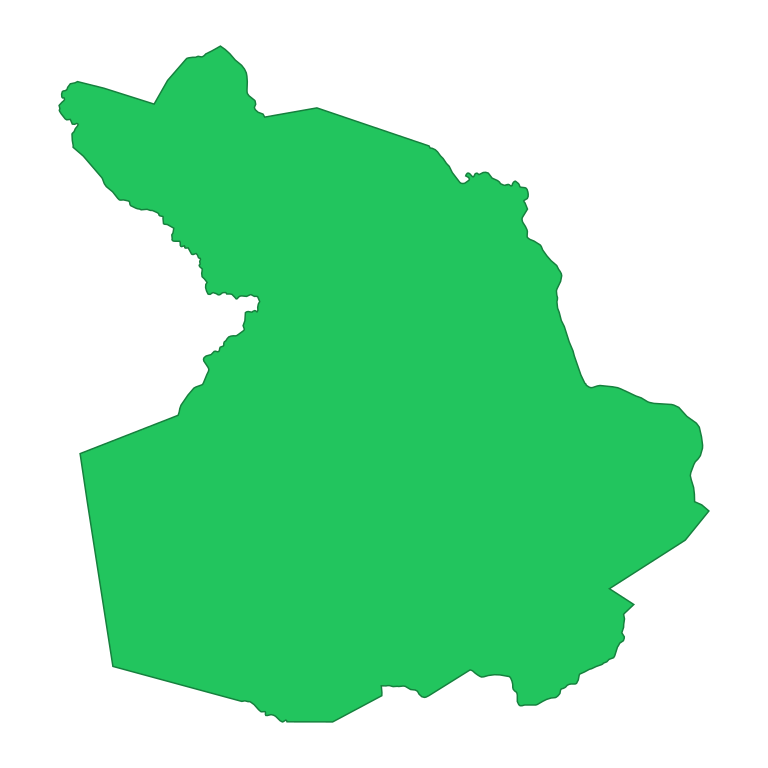 Jesus de Otoro, Intibucá, Honduras
{"feature_id": "27666195B82528281460638", "entity_name": "Jesus de Otoro", "entity_type": "district", "adm_level": 2, "iso_a3": "HND", "parent_name": "Honduras", "parent_adm1": "Intibucá", "projection": "albers", "projection_center": [-88.024, 14.542], "detail": "fine", "context": "isolated", "style": "filled", "palette": "green", "viewbox_px": 768, "rotation_deg": 0, "n_neighbors": 0, "source": "geoboundaries", "source_scale": "gbopen_adm2", "svg_char_len": 6037}
<svg xmlns="http://www.w3.org/2000/svg" viewBox="0 0 768 768"><path d="M220.4,46.1L211.9,50.9L205.8,53.9L204.1,55.7L202.5,56.7L201.4,56.9L198.1,56.3L195.5,57.3L192.6,57.3L188.9,57.8L187.0,58.3L186.0,59.2L167.6,80.4L154.1,104.1L103.9,88.2L77.5,81.6L75.1,82.8L70.3,83.8L67.7,87.3L67.1,89.1L66.7,89.8L65.1,90.7L63.2,91.0L62.3,91.7L61.6,94.1L61.8,96.9L62.5,97.9L63.7,97.8L64.2,98.0L64.5,99.6L63.7,100.8L61.9,102.3L59.1,105.4L59.9,108.7L59.3,110.2L59.6,111.2L61.2,113.8L65.2,118.9L66.7,119.8L70.3,119.4L72.3,124.1L74.6,124.3L76.8,123.4L77.6,123.7L78.1,124.3L77.6,125.9L75.4,128.5L74.1,131.6L72.3,133.4L72.0,134.1L72.3,140.5L73.2,145.5L73.1,147.3L83.3,156.1L101.5,177.3L102.3,178.4L104.3,183.7L106.3,186.6L112.6,191.8L117.8,198.4L119.4,199.9L120.8,200.1L123.5,199.9L128.5,201.0L129.5,201.8L130.0,204.5L130.6,205.6L135.9,208.2L137.3,208.7L139.8,209.1L141.1,209.8L147.1,209.3L150.3,210.4L152.5,210.5L157.6,212.8L158.7,213.8L159.0,215.1L159.8,215.8L162.9,216.5L163.1,217.1L163.0,218.5L163.5,223.7L164.5,224.2L167.3,224.5L173.8,228.2L173.0,232.9L171.8,234.9L172.2,238.5L172.0,239.6L172.4,240.4L173.2,241.0L174.4,241.2L179.7,241.3L180.2,242.3L180.3,245.4L180.8,246.3L181.5,246.6L184.4,245.9L184.8,246.6L184.8,247.6L185.2,248.0L185.8,248.1L188.2,247.9L191.5,254.0L192.2,254.4L193.2,254.5L196.1,253.5L197.4,254.9L198.5,257.7L199.4,258.2L200.3,258.4L200.5,259.5L199.7,261.4L200.1,263.9L199.9,264.6L199.3,265.0L199.2,265.7L200.1,267.1L202.2,268.9L202.1,271.0L201.7,273.3L202.1,276.7L204.4,278.9L207.1,282.4L205.8,284.5L205.6,287.6L206.5,290.9L208.0,294.0L208.8,294.3L210.2,294.3L212.5,292.8L213.2,292.6L216.4,293.7L217.9,294.7L219.0,294.9L220.2,294.5L222.6,292.7L225.5,292.5L226.0,292.8L226.7,294.0L230.3,294.0L232.0,294.4L235.3,297.8L235.9,298.7L236.5,298.9L237.2,298.7L238.8,296.9L240.1,296.1L241.8,295.9L246.6,296.4L250.0,294.8L251.0,294.6L254.4,296.4L256.0,296.3L257.6,296.6L259.7,301.5L259.5,302.1L258.6,303.4L258.2,304.7L257.7,307.4L257.9,310.2L257.2,311.8L256.9,311.9L255.7,310.9L254.8,310.6L253.2,311.2L251.8,312.2L248.1,311.5L246.5,311.9L245.4,312.7L244.9,320.7L243.1,325.7L244.3,329.0L244.2,329.7L243.6,330.6L236.9,335.5L235.6,335.9L233.4,335.8L231.0,336.1L228.8,336.9L227.2,338.6L225.9,340.7L224.3,341.9L223.8,343.3L223.8,345.0L223.4,346.0L220.2,347.2L219.7,348.4L219.4,350.4L218.7,351.5L217.5,351.8L215.6,351.2L214.2,351.4L211.1,354.6L206.1,356.0L204.1,357.6L203.5,359.2L203.8,361.0L208.0,367.3L208.6,368.6L208.8,369.8L208.4,371.4L206.8,374.7L203.6,382.5L202.8,384.1L202.0,384.8L195.9,387.0L193.9,388.1L188.0,395.0L181.0,405.2L179.8,408.6L179.2,412.0L178.1,415.3L80.1,453.6L87.3,501.9L112.9,666.4L241.8,701.4L244.9,700.8L247.8,701.6L250.1,701.7L254.1,704.6L258.6,709.7L260.8,711.6L261.6,711.8L264.5,711.6L265.2,711.7L265.5,712.4L265.4,714.4L265.8,715.4L267.3,715.5L271.1,714.6L273.6,715.2L275.6,716.3L280.1,720.7L282.3,721.9L283.0,721.8L285.8,720.1L286.6,720.6L287.0,721.8L332.7,721.9L381.8,695.7L381.9,692.6L381.3,685.8L386.0,685.9L387.6,685.6L389.5,685.6L393.1,686.6L397.2,686.3L398.9,686.5L403.2,686.0L405.2,686.3L410.6,689.5L415.2,690.0L417.1,691.0L418.1,692.3L419.0,694.1L421.8,696.7L424.5,697.4L426.0,697.1L428.8,695.7L470.1,669.9L472.4,670.7L475.2,673.2L477.7,675.0L480.0,676.4L481.5,677.0L483.8,676.8L488.3,675.5L494.5,674.7L499.9,674.9L509.5,676.6L510.7,678.1L512.0,681.2L512.7,684.2L512.8,687.5L513.2,689.2L514.6,690.9L516.3,692.1L516.9,693.1L517.3,695.0L517.3,701.5L518.8,704.7L520.1,705.7L522.1,705.7L524.6,705.0L535.8,705.0L537.5,704.4L542.8,701.3L546.6,699.4L551.1,698.0L555.3,697.6L556.2,697.2L558.0,695.8L559.9,693.5L560.6,689.9L561.4,688.9L563.2,688.4L564.7,687.7L565.7,687.0L567.2,685.3L569.0,684.4L570.9,684.0L575.1,684.0L576.5,683.4L578.3,679.9L579.2,675.1L579.7,674.1L584.6,671.9L589.4,669.3L591.6,668.7L596.2,666.5L601.6,664.6L602.7,664.0L603.3,663.2L606.8,661.8L609.0,659.4L613.6,657.7L614.7,655.9L617.5,647.0L618.4,645.7L619.7,643.2L623.4,640.7L624.2,638.4L624.3,636.8L621.8,632.8L623.6,627.3L623.7,624.4L624.5,618.9L623.6,614.4L624.5,613.3L633.8,604.5L609.4,588.7L685.3,540.1L708.9,511.0L701.8,504.9L694.6,501.7L694.4,494.2L693.6,487.4L691.2,479.6L690.3,475.6L690.8,472.7L693.8,464.6L695.2,461.9L698.2,458.8L700.4,455.6L702.5,448.2L702.6,445.2L701.5,436.8L699.3,427.2L696.4,423.2L686.9,416.4L678.8,407.4L673.9,405.1L671.6,404.5L653.9,403.4L649.3,402.4L647.5,401.7L641.3,397.9L635.9,396.0L621.0,389.0L617.7,387.7L612.6,386.8L600.0,385.5L597.2,386.0L592.7,387.5L591.0,387.7L589.3,387.2L587.2,385.9L586.2,385.1L585.9,384.1L584.8,383.2L580.9,375.0L574.3,355.9L573.0,350.9L569.2,341.9L564.3,326.5L561.3,320.5L559.2,312.3L557.6,308.2L556.9,301.7L557.4,299.5L557.5,297.7L556.8,295.2L556.4,290.8L557.0,288.9L560.6,281.4L561.7,275.8L561.3,273.7L560.1,271.4L558.6,269.3L556.7,265.5L551.1,260.7L546.9,255.9L542.7,250.0L541.4,246.7L540.4,245.1L534.1,241.1L529.7,239.3L527.4,237.5L527.1,236.2L527.4,231.5L527.0,229.8L525.5,226.6L522.9,222.5L522.4,221.4L522.0,219.1L522.3,217.6L527.5,209.1L525.0,202.9L524.1,201.8L523.8,200.9L524.0,200.5L527.3,198.5L528.1,196.5L528.2,194.2L527.9,192.1L527.1,189.5L526.1,188.2L525.0,187.7L521.4,187.3L520.2,187.0L519.7,186.4L519.4,185.2L518.5,183.6L515.5,181.2L514.5,181.4L513.4,182.3L512.4,184.1L512.1,185.5L511.5,185.9L510.6,185.8L509.3,184.8L508.2,184.4L507.6,184.5L507.0,185.0L506.2,184.7L505.3,185.4L503.6,185.1L500.5,183.7L499.5,182.1L497.6,180.6L492.1,178.1L488.3,173.1L485.7,172.3L483.2,172.5L479.0,174.6L477.1,173.2L476.1,173.3L475.1,173.9L473.8,176.5L473.1,176.9L472.3,176.5L469.6,173.6L468.4,173.1L467.4,173.2L466.3,174.4L465.7,175.9L468.0,177.1L469.0,178.1L469.4,179.1L469.0,180.2L465.3,182.9L464.2,183.4L462.4,183.5L460.9,183.2L459.8,182.4L452.3,172.6L449.2,166.3L446.4,163.4L443.1,158.5L440.5,155.9L437.5,151.8L435.2,149.7L432.2,148.3L430.1,148.0L429.1,146.0L316.9,107.9L264.7,117.1L263.0,114.1L258.0,112.2L255.4,109.8L254.7,108.5L254.4,107.3L255.7,104.3L255.1,101.0L254.6,100.3L249.0,95.8L247.5,93.7L247.1,92.4L247.0,90.2L247.3,81.8L246.9,76.2L246.3,72.9L244.5,69.1L241.6,65.3L235.3,60.1L229.9,53.8L225.3,49.6L220.4,46.1Z" fill="#22c55e" stroke="#15803d" stroke-width="1.5"/></svg>